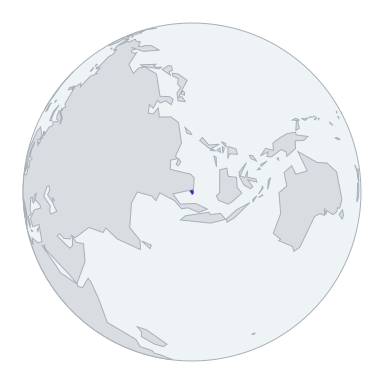 the Earth from above Cà Mau, rotated 312°
{"feature_id": "VNM-507", "entity_name": "Cà Mau", "entity_type": "Province", "adm_level": 1, "iso_a3": "VNM", "parent_name": "Vietnam", "parent_adm1": "", "projection": "orthographic", "projection_center": [105.046, 9.05], "detail": "fine", "context": "on_globe", "style": "filled", "palette": "violet", "viewbox_px": 384, "rotation_deg": 312, "n_neighbors": 0, "source": "natural_earth", "source_scale": "10m", "svg_char_len": 8737}
<svg xmlns="http://www.w3.org/2000/svg" viewBox="0 0 384 384"><g transform="rotate(312 192 192)"><circle cx="192" cy="192" r="169" fill="#eef3f6" stroke="#a8b0b8"/><path d="M348.8,244.8L348.5,246.0L348.4,246.2L348.8,244.8ZM272.3,43.4L276.3,45.6L270.7,42.5L285.9,52.0L290.3,56.3L281.9,49.4L278.4,47.2L279.7,48.8L276.4,46.9L275.2,46.9L271.1,44.7L266.5,41.5L263.8,40.2L264.9,41.5L261.5,40.6L260.3,38.8L254.3,37.2L245.4,32.7L245.5,31.7L259.2,37.0L272.3,43.4ZM281.4,48.8L280.3,48.0L282.5,49.5L281.4,48.8ZM275.7,47.2L277.1,48.1L275.9,47.8L275.7,47.2ZM268.5,44.3L266.1,43.7L267.8,43.7L268.5,44.3ZM264.2,43.0L258.5,42.0L261.0,43.7L250.6,38.7L258.9,40.9L260.5,40.5L261.6,41.7L264.2,43.0ZM245.7,36.4L243.6,35.9L244.9,35.8L245.7,36.4ZM202.3,23.4L199.7,23.2L199.1,23.2L202.3,23.4ZM58.3,88.7L57.2,90.4L52.0,97.4L46.4,109.5L51.0,104.0L51.2,111.9L54.8,113.5L65.5,100.1L59.7,97.0L64.0,89.9L72.9,86.6L78.8,90.2L80.7,87.7L81.4,80.4L87.3,76.8L82.2,77.7L80.9,80.6L77.7,81.5L78.7,78.9L80.7,77.6L80.2,75.7L70.6,83.4L68.2,87.2L64.2,86.9L59.9,93.4L57.2,95.7L63.4,85.7L66.3,82.5L74.1,71.9L70.8,75.1L63.1,85.6L63.5,84.4L58.9,89.7L62.7,84.8L71.9,73.3L71.5,73.5L80.5,65.1L90.0,57.3L92.2,55.7L92.3,55.9L100.8,50.3L102.1,49.8L96.7,53.1L93.0,55.9L94.0,57.5L96.1,56.6L101.6,53.0L101.2,54.3L106.4,50.7L110.1,50.7L109.9,47.9L116.3,44.4L122.0,42.6L124.1,41.2L114.7,44.3L111.0,46.0L107.9,48.2L97.8,53.7L96.0,54.2L106.5,47.2L105.1,47.3L113.8,42.5L133.9,36.1L138.9,36.0L133.8,42.4L128.9,43.9L128.3,42.1L122.9,46.6L126.2,44.8L125.9,46.1L131.9,43.8L132.0,44.7L137.7,41.3L138.4,42.1L134.8,44.3L144.4,42.4L147.7,43.9L149.8,43.2L151.2,41.9L154.5,45.2L155.9,44.5L155.4,43.1L157.9,41.0L163.7,38.7L164.5,40.0L162.5,40.9L159.6,45.2L154.3,48.1L155.2,48.4L160.0,46.3L163.6,41.0L166.8,39.3L165.8,41.6L166.4,40.6L168.3,40.3L170.9,41.2L172.2,38.7L191.6,34.6L198.5,36.6L195.5,38.7L209.9,38.9L216.6,42.3L216.1,40.8L222.6,40.7L220.6,39.6L220.9,38.9L236.8,39.5L241.1,41.0L247.4,40.7L247.2,40.1L244.3,38.9L250.6,38.7L261.0,43.7L261.0,44.7L267.6,47.6L266.7,49.7L269.0,53.2L264.3,54.7L266.6,57.7L268.9,58.6L273.6,63.9L275.5,72.7L263.8,61.6L259.1,50.2L260.1,54.2L256.9,52.3L255.4,53.3L256.4,56.6L258.4,57.5L244.5,59.8L240.9,69.1L248.5,69.4L253.3,73.2L255.9,86.7L241.7,104.2L247.9,111.5L248.3,116.0L243.0,118.2L242.2,111.6L236.7,108.7L237.1,105.0L228.3,107.1L228.4,101.9L221.4,106.6L224.1,111.0L231.9,110.7L225.8,117.6L233.7,126.0L234.6,135.5L221.3,151.5L207.7,155.7L206.9,158.8L201.5,154.9L194.3,160.6L204.3,179.0L204.0,184.2L192.3,193.3L192.1,189.4L177.8,179.1L175.1,191.3L185.9,202.4L189.6,214.8L181.2,210.5L177.5,199.5L172.5,195.5L173.9,184.8L169.8,168.6L161.4,171.0L162.1,164.7L155.3,151.3L143.2,154.4L124.0,169.5L121.3,185.7L114.7,192.2L107.1,167.8L107.6,152.1L102.4,153.0L96.6,139.1L79.5,135.7L79.3,131.5L75.6,132.8L71.9,128.0L72.4,121.4L69.2,121.1L68.3,138.6L72.1,139.1L78.3,133.5L77.2,139.6L81.0,146.0L68.8,159.0L47.0,167.8L48.6,155.6L51.5,121.4L53.5,118.1L53.7,117.7L54.0,117.0L50.4,122.2L52.1,115.8L46.6,138.7L44.0,148.4L46.7,168.5L45.5,170.1L47.5,174.7L58.4,172.5L57.7,176.5L50.2,194.0L38.3,216.4L42.1,234.4L44.9,249.1L42.4,256.9L47.5,268.7L46.9,271.6L50.1,278.1L52.3,284.2L54.3,289.3L52.9,288.0L46.6,278.0L40.9,267.6L36.0,256.8L31.8,245.7L28.4,234.4L25.9,222.8L24.1,211.1L23.2,199.3L23.1,187.4L23.8,175.6L25.4,163.9L27.8,152.3L31.0,140.9L34.9,129.7L39.7,118.9L45.2,108.4L51.4,98.3L58.3,88.7ZM81.2,102.1L87.2,104.4L91.1,95.1L93.8,95.5L94.2,92.4L91.4,94.5L93.3,86.5L98.3,85.0L100.9,81.5L99.0,80.6L89.6,84.7L86.8,95.9L82.6,98.9L81.2,102.1ZM187.6,23.1L186.1,23.2L179.6,23.6L181.8,23.5L180.0,23.9L174.7,24.5L176.3,24.1L169.3,25.2L168.4,25.0L167.6,25.1L164.9,25.4L160.3,26.1L160.7,26.0L158.7,26.4L156.9,26.7L154.3,27.3L170.8,24.4L187.6,23.1ZM196.2,23.1L198.8,23.2L191.3,23.2L187.1,23.2L190.3,23.0L196.2,23.1ZM59.2,88.1L59.0,88.7L59.3,88.9L56.4,92.5L59.2,88.1ZM65.3,80.2L65.6,80.0L61.6,84.7L61.9,84.2L65.3,80.2ZM69.1,76.3L65.9,79.7L67.7,77.6L69.1,76.3ZM97.2,52.9L97.9,52.8L96.6,53.7L94.7,54.9L97.2,52.9ZM153.5,29.8L155.1,29.0L156.1,28.9L161.7,27.5L162.8,27.8L159.8,28.8L153.5,29.8ZM62.6,101.9L59.6,104.1L60.0,102.5L60.9,102.0L62.6,101.9ZM56.4,97.9L56.2,100.5L55.6,98.8L56.4,97.9ZM155.6,29.9L157.8,29.2L157.0,29.8L155.6,29.9ZM163.9,28.0L163.5,28.6L163.6,27.7L163.9,28.0ZM126.2,331.4L129.7,333.4L127.4,333.2L126.2,331.4ZM59.2,250.7L62.1,275.2L58.0,274.2L54.0,266.3L50.7,251.1L54.3,247.9L55.2,241.4L59.2,250.7ZM232.1,245.1L237.1,246.1L236.9,246.8L232.1,245.1ZM226.9,242.2L232.6,242.7L225.8,243.9L226.9,242.2ZM234.9,242.9L240.8,241.7L243.3,240.5L242.8,242.1L234.9,242.9ZM222.9,242.1L201.4,240.8L192.9,238.3L195.0,235.6L208.7,237.1L222.9,242.1ZM194.3,235.4L181.3,226.6L163.5,202.1L169.9,203.0L188.4,218.3L187.3,220.6L195.1,227.4L194.3,235.4ZM225.7,222.4L224.5,229.7L212.6,228.5L207.2,227.0L203.5,217.3L205.6,212.6L210.0,213.0L227.1,197.7L233.1,201.9L227.8,208.5L232.7,215.2L225.7,222.4ZM121.9,187.3L125.3,197.4L121.8,198.7L121.9,187.3ZM234.0,186.7L227.1,193.4L233.4,184.3L234.0,186.7ZM237.7,178.1L238.1,181.7L235.3,178.1L237.7,178.1ZM206.8,163.6L202.1,164.2L202.0,161.7L207.9,159.6L206.8,163.6ZM235.3,143.7L235.3,150.9L234.4,153.3L232.2,148.8L235.3,143.7ZM167.9,35.0L158.8,36.3L153.0,38.2L150.9,40.4L150.0,38.2L159.0,35.2L167.9,35.0ZM188.5,34.4L190.4,32.9L192.2,33.6L192.0,34.0L188.5,34.4ZM187.8,33.5L185.2,31.8L187.9,31.1L189.5,32.5L187.8,33.5ZM170.0,29.9L167.3,30.2L168.0,29.5L170.0,29.9ZM309.5,309.2L309.8,310.2L305.0,314.8L299.0,319.5L294.9,321.2L309.5,309.2ZM272.3,321.5L273.8,316.3L279.5,315.8L275.8,320.4L272.3,321.5ZM313.5,305.6L317.9,300.6L321.1,294.6L318.7,300.0L320.2,300.0L310.7,309.7L313.5,305.6ZM255.8,299.5L223.1,309.1L216.2,307.4L218.7,303.0L213.9,289.1L216.2,289.4L215.6,280.1L235.3,272.3L249.7,257.1L259.9,258.4L268.1,247.4L278.3,248.5L274.7,257.3L284.7,263.5L293.0,243.6L297.6,265.1L303.8,272.8L303.7,286.1L286.8,308.3L278.6,312.6L277.7,310.6L274.1,312.8L269.5,311.8L268.3,304.6L264.7,306.8L268.8,301.4L263.3,306.1L261.5,301.5L255.8,299.5ZM328.0,262.2L329.1,262.8L330.3,266.5L328.6,265.8L328.0,262.2ZM345.9,249.4L345.9,251.1L345.0,251.7L345.9,249.4ZM348.4,246.2L347.3,247.0L348.8,244.8L348.4,246.2ZM335.7,249.6L336.1,250.9L335.6,251.4L335.7,249.6ZM335.3,249.2L336.2,247.0L335.9,249.2L335.3,249.2ZM330.6,237.7L331.5,236.6L331.7,237.4L330.6,237.7ZM244.5,246.5L251.6,241.0L255.4,240.7L244.5,246.5ZM329.7,235.3L327.8,235.1L328.0,234.0L329.7,235.3ZM330.0,232.6L329.8,231.0L330.8,234.8L330.0,232.6ZM326.4,229.0L328.7,231.9L326.1,229.4L326.4,229.0ZM324.9,229.4L323.2,228.1L323.3,227.6L324.9,229.4ZM304.1,231.2L310.8,240.9L305.2,240.5L299.0,234.4L293.7,239.8L282.0,238.6L284.8,235.2L283.3,229.9L271.0,227.4L268.5,223.9L273.0,221.8L264.7,218.7L273.8,217.5L277.4,224.7L282.5,219.4L291.1,221.1L299.3,223.7L305.7,229.1L304.1,231.2ZM273.6,232.9L275.2,233.0L273.7,235.1L273.6,232.9ZM319.9,224.1L322.4,227.6L322.1,228.5L320.8,227.9L319.9,224.1ZM307.2,228.0L314.2,222.4L315.8,222.5L311.2,229.0L307.2,228.0ZM312.6,218.5L315.8,219.5L317.4,222.8L316.7,223.7L312.6,218.5ZM255.1,225.7L254.7,227.6L252.3,226.0L255.1,225.7ZM258.2,224.7L265.3,227.1L257.5,226.3L258.2,224.7ZM236.1,217.0L238.2,221.7L245.0,219.0L239.9,223.0L244.4,230.8L242.8,233.6L238.3,225.2L236.6,233.6L233.6,233.3L232.0,225.9L235.1,217.2L238.1,213.7L250.3,212.8L236.1,217.0ZM258.2,219.1L256.2,213.6L257.7,210.1L259.7,213.0L258.2,219.1ZM250.5,200.6L245.3,194.2L240.7,196.3L250.0,188.3L253.4,195.7L250.5,200.6ZM246.0,187.0L241.6,188.9L246.0,184.1L246.0,187.0ZM240.5,186.8L239.9,182.5L243.4,183.2L240.5,186.8ZM248.2,187.3L248.9,180.1L250.7,184.4L248.2,187.3ZM238.2,173.1L245.8,180.3L236.1,176.9L235.3,163.3L239.4,163.2L238.2,173.1ZM258.7,121.6L257.5,118.0L261.1,117.5L260.9,120.1L258.7,121.6ZM271.7,113.7L261.6,116.2L253.4,118.8L256.1,120.6L254.7,126.5L250.3,120.6L255.7,114.5L262.1,113.7L262.6,108.9L267.0,106.0L265.3,100.1L267.1,97.8L270.5,103.1L271.7,113.7ZM264.3,97.6L263.1,87.8L270.1,89.8L271.9,92.4L269.5,95.9L266.0,94.6L264.3,97.6ZM264.8,86.1L261.4,84.9L252.3,71.0L252.1,68.7L262.7,79.6L260.0,79.1L261.0,82.4L264.8,86.1ZM244.5,36.6L243.7,35.9L245.6,36.7L244.5,36.6ZM219.6,38.4L220.3,37.6L222.4,38.3L219.6,38.4ZM223.3,36.1L220.4,35.8L223.1,35.5L223.3,36.1ZM214.0,35.6L219.1,35.5L214.7,36.4L214.0,35.6Z" fill="#d9dde1" stroke="#a8b0b8" stroke-width="1"/><path d="M193.1,192.1L192.8,192.6L192.7,192.8L192.4,192.9L192.3,193.0L192.2,193.1L192.0,193.3L191.4,193.4L191.1,193.4L191.3,193.2L191.6,193.1L191.8,193.0L191.7,193.0L191.4,193.0L191.4,192.9L191.5,192.9L191.6,192.7L191.5,192.8L191.3,192.8L191.2,192.7L191.3,192.5L191.3,192.3L191.3,192.2L191.3,191.8L191.3,191.6L191.4,191.1L191.4,190.6L191.5,190.6L191.8,190.6L192.0,190.6L192.6,190.9L192.7,191.0L192.8,191.0L192.7,191.1L192.8,191.2L192.8,191.3L192.7,191.4L192.7,191.5L192.8,191.6L192.8,191.8L193.0,192.0L193.1,192.1Z" fill="#8b5cf6" stroke="#5b21b6" stroke-width="1.5"/></g></svg>